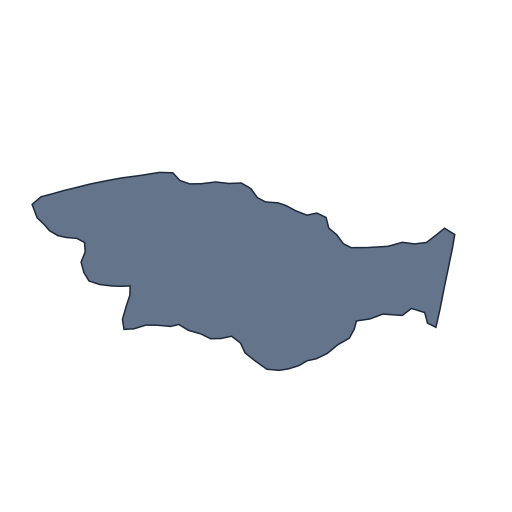 Eusébio, Ceará, Brazil, rotated 71°
{"feature_id": "56859067B48016322735430", "entity_name": "Eusébio", "entity_type": "district", "adm_level": 2, "iso_a3": "BRA", "parent_name": "Brazil", "parent_adm1": "Ceará", "projection": "robinson", "projection_center": [-38.455, -3.87], "detail": "fine", "context": "isolated", "style": "filled", "palette": "slate", "viewbox_px": 512, "rotation_deg": 71, "n_neighbors": 0, "source": "geoboundaries", "source_scale": "gbopen_adm2", "svg_char_len": 1289}
<svg xmlns="http://www.w3.org/2000/svg" viewBox="0 0 512 512"><g transform="rotate(71 256 256)"><path d="M382.0,109.1L366.5,99.5L345.3,87.2L332.1,79.3L323.4,74.2L313.8,68.4L300.4,61.1L291.1,68.7L294.6,78.2L298.7,90.4L296.2,102.2L290.7,113.1L289.8,128.1L284.2,148.3L279.1,163.3L272.7,169.5L262.3,172.7L253.3,178.1L242.4,177.2L235.2,184.5L234.0,194.5L226.1,203.8L218.1,211.2L212.9,217.9L208.0,229.4L201.3,235.7L190.6,238.9L182.2,246.1L178.5,258.3L172.9,269.9L169.8,284.4L166.2,295.3L159.8,303.4L150.2,307.6L145.5,320.1L142.3,338.6L138.4,357.7L135.9,374.4L133.9,389.9L131.5,416.9L130.8,429.6L130.0,439.9L134.3,450.9L148.6,450.5L157.8,445.8L164.7,443.1L172.1,436.8L176.6,429.6L181.0,419.7L187.4,413.7L196.5,416.2L204.9,423.4L215.7,424.1L225.3,422.0L232.1,413.0L237.3,402.4L240.8,393.1L243.3,384.8L252.0,388.0L260.7,394.7L272.4,402.9L282.4,404.7L285.1,395.2L285.5,382.7L289.2,372.1L294.8,359.6L295.6,351.3L304.3,344.1L311.9,333.3L319.4,325.9L322.6,316.1L323.9,305.2L333.3,299.0L344.1,297.9L354.6,291.2L366.6,282.6L371.7,271.3L373.3,261.8L373.6,251.1L371.7,241.6L372.8,232.6L371.3,220.2L366.5,207.5L364.1,194.5L357.0,186.8L350.1,182.2L352.6,168.8L352.2,155.0L356.0,146.1L359.8,137.1L356.2,126.1L364.4,114.9L375.3,115.7L382.0,109.1Z" fill="#64748b" stroke="#1e293b" stroke-width="1.5"/></g></svg>